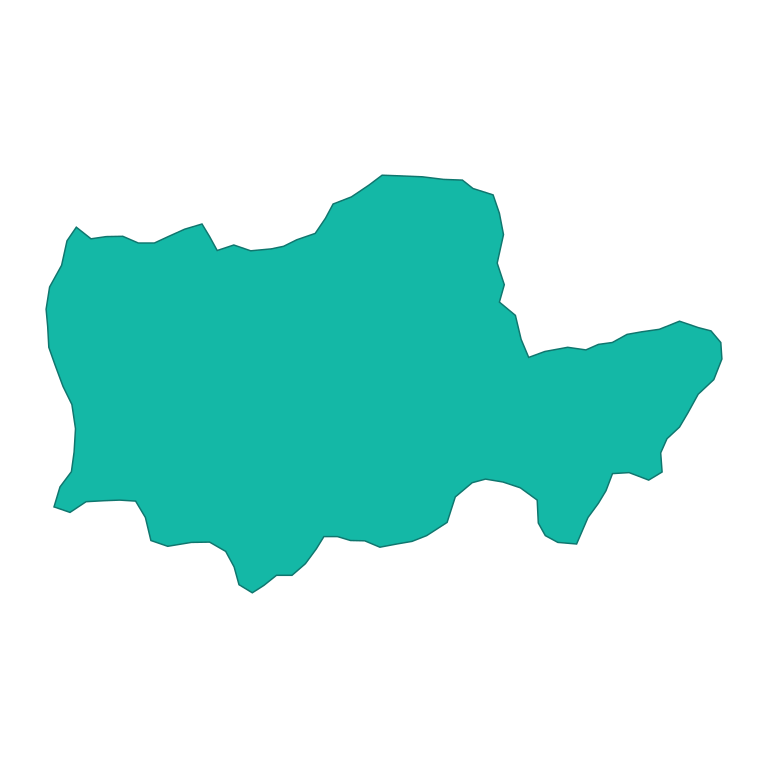 Cajuri, Minas Gerais, Brazil
{"feature_id": "56859067B26738784286925", "entity_name": "Cajuri", "entity_type": "district", "adm_level": 2, "iso_a3": "BRA", "parent_name": "Brazil", "parent_adm1": "Minas Gerais", "projection": "natural_earth1", "projection_center": [-42.758, -20.786], "detail": "fine", "context": "isolated", "style": "filled", "palette": "teal", "viewbox_px": 768, "rotation_deg": 0, "n_neighbors": 0, "source": "geoboundaries", "source_scale": "gbopen_adm2", "svg_char_len": 1494}
<svg xmlns="http://www.w3.org/2000/svg" viewBox="0 0 768 768"><path d="M576.6,544.0L588.0,517.5L598.4,503.3L606.0,490.7L612.5,473.6L629.1,472.6L648.7,480.1L662.1,472.0L660.7,452.9L667.0,438.7L679.5,427.1L687.9,412.9L698.2,394.2L713.8,379.6L721.9,359.0L720.8,342.5L711.0,330.9L698.3,327.6L679.5,321.2L659.3,329.3L641.7,331.8L627.0,334.4L612.3,342.5L598.4,344.4L585.9,349.9L567.7,347.3L544.8,351.5L528.7,357.4L521.1,339.3L515.4,315.4L499.4,302.1L504.3,284.7L497.2,263.1L503.5,234.6L499.4,213.3L493.1,194.9L473.0,188.5L462.4,180.1L443.6,179.4L422.4,176.8L400.9,175.9L382.1,175.2L368.8,185.2L351.4,196.9L333.1,204.0L325.5,218.2L315.2,233.4L296.7,239.8L283.6,246.3L271.1,248.9L250.7,250.8L233.8,245.0L217.2,250.5L209.6,236.6L202.0,224.0L184.6,229.2L168.2,236.6L154.4,243.0L138.3,243.0L122.8,236.3L106.2,236.6L91.0,238.8L76.3,227.2L67.0,240.8L61.6,265.3L49.6,287.0L46.1,309.2L47.7,326.7L48.8,347.3L55.1,365.1L63.0,386.4L71.9,404.5L75.5,428.7L74.1,452.0L71.4,471.7L60.0,486.9L54.0,506.9L70.0,512.4L86.1,501.7L104.1,500.7L119.6,500.1L135.6,501.1L145.4,517.5L150.9,540.5L167.7,546.3L191.4,542.4L209.6,542.1L225.7,551.4L234.1,566.9L239.0,584.7L252.3,592.8L264.0,585.3L276.5,575.3L292.0,575.3L305.4,563.7L316.3,548.9L323.9,536.6L337.5,536.6L350.5,540.5L364.7,540.8L379.9,547.2L396.8,544.0L412.0,541.4L426.7,535.6L447.1,522.4L455.3,496.9L472.2,482.7L485.5,479.1L502.9,482.0L520.3,487.8L537.2,500.1L538.3,523.0L545.3,535.6L557.8,542.4L576.6,544.0Z" fill="#14b8a6" stroke="#0f766e" stroke-width="1.5"/></svg>